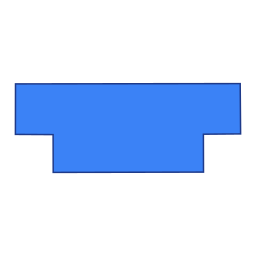 Red Lake, Minnesota, United States of America (Albers equal-area conic projection)
{"feature_id": "52423323B54609043510848", "entity_name": "Red Lake", "entity_type": "district", "adm_level": 2, "iso_a3": "USA", "parent_name": "United States of America", "parent_adm1": "Minnesota", "projection": "albers", "projection_center": [-96.095, 47.862], "detail": "fine", "context": "isolated", "style": "filled", "palette": "blue", "viewbox_px": 256, "rotation_deg": 0, "n_neighbors": 0, "source": "geoboundaries", "source_scale": "gbopen_adm2", "svg_char_len": 243}
<svg xmlns="http://www.w3.org/2000/svg" viewBox="0 0 256 256"><path d="M15.5,83.9L15.4,134.4L53.1,134.6L53.2,172.4L203.5,172.1L203.4,134.2L240.6,133.9L240.3,96.0L240.2,83.6L15.5,83.9Z" fill="#3b82f6" stroke="#1e3a8a" stroke-width="1.5"/></svg>